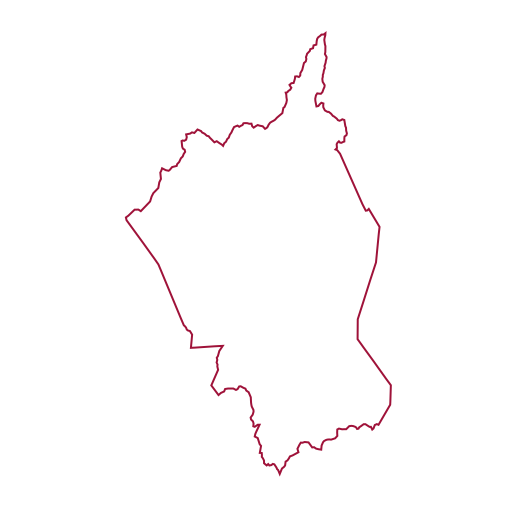 the district of Serra Talhada, Pernambuco, Brazil, rotated 177°
{"feature_id": "56859067B63489137036469", "entity_name": "Serra Talhada", "entity_type": "district", "adm_level": 2, "iso_a3": "BRA", "parent_name": "Brazil", "parent_adm1": "Pernambuco", "projection": "equal_earth", "projection_center": [-38.379, -8.059], "detail": "fine", "context": "isolated", "style": "outline", "palette": "rose", "viewbox_px": 512, "rotation_deg": 177, "n_neighbors": 0, "source": "geoboundaries", "source_scale": "gbopen_adm2", "svg_char_len": 4290}
<svg xmlns="http://www.w3.org/2000/svg" viewBox="0 0 512 512"><g transform="rotate(177 256 256)"><path d="M201.0,59.2L200.4,63.3L198.8,66.5L197.8,67.6L196.0,68.5L194.6,68.9L192.6,69.0L190.6,68.7L186.5,69.8L184.2,72.1L184.2,75.4L183.9,78.5L182.2,79.3L179.3,78.5L175.0,78.3L171.8,81.2L169.7,81.4L167.9,81.1L166.0,80.3L164.9,79.5L164.1,78.0L162.7,78.2L161.9,79.5L159.9,80.7L157.3,82.4L155.5,82.3L153.6,80.9L151.5,79.4L150.2,79.4L149.0,76.6L147.7,77.6L146.2,81.0L144.1,81.8L142.5,81.0L129.8,100.4L129.5,103.1L129.0,109.0L128.3,117.4L128.1,119.9L132.4,126.4L140.5,139.1L143.6,144.0L153.7,159.5L154.7,161.1L158.9,167.6L157.7,187.5L150.8,205.7L143.1,226.2L136.5,243.3L132.3,271.3L131.1,278.6L140.9,297.1L142.4,295.7L144.0,295.5L147.0,302.2L166.7,353.7L169.4,357.5L171.0,358.2L169.5,359.6L169.6,363.4L168.7,364.9L167.2,366.2L166.1,364.8L164.7,364.6L163.2,365.3L161.8,365.7L161.6,369.1L161.3,370.7L159.4,371.9L158.8,373.7L159.4,376.4L159.4,379.4L160.0,381.0L160.7,387.2L162.7,388.0L164.0,387.2L165.5,386.7L167.1,387.4L168.1,388.9L170.7,391.2L171.9,391.9L173.6,394.2L175.8,396.1L177.1,396.2L179.6,397.8L181.0,401.0L181.0,402.8L180.7,404.8L182.7,405.6L184.4,404.2L185.9,402.5L187.8,402.2L188.6,407.8L188.6,410.0L187.7,413.3L186.3,415.2L184.9,414.9L182.7,414.6L181.1,416.2L179.7,419.5L178.8,421.2L178.5,423.0L180.3,426.5L180.5,429.4L179.9,431.5L179.8,433.3L179.1,435.0L178.5,437.8L177.4,440.2L177.7,442.0L176.4,445.3L176.0,447.5L175.3,449.5L175.1,451.0L176.6,454.1L176.1,456.0L175.7,462.0L176.1,463.7L176.5,468.2L176.1,470.2L175.3,472.6L175.0,474.9L176.9,473.6L179.0,473.7L180.5,472.4L182.5,471.1L183.5,469.7L184.1,467.6L184.7,463.9L187.5,463.3L188.2,460.5L191.0,459.7L191.5,458.0L194.4,455.3L194.9,453.8L195.7,452.0L195.4,450.1L196.1,447.7L198.0,446.2L200.1,439.4L202.1,436.4L202.4,433.9L203.8,432.5L205.7,433.3L207.5,433.2L207.9,430.9L208.6,428.9L209.4,426.8L211.6,426.7L213.6,425.1L212.7,423.4L211.9,422.2L213.1,420.3L215.1,419.1L216.2,417.8L217.8,417.6L217.3,415.5L217.3,413.0L217.0,410.1L217.7,407.3L219.7,403.3L220.9,402.5L221.6,399.8L222.2,397.3L225.7,394.7L227.9,393.0L229.8,391.1L231.3,390.2L233.5,389.2L234.9,388.4L236.5,386.5L237.7,384.3L238.7,383.3L240.3,382.5L242.5,385.2L245.7,386.0L247.4,386.7L249.2,385.8L251.6,384.3L253.0,385.8L253.6,388.4L255.8,388.4L257.7,389.1L260.0,389.3L261.6,389.2L262.6,387.5L264.3,386.8L266.0,385.9L267.6,387.2L269.4,386.6L271.2,385.9L273.1,382.6L274.1,380.6L275.8,378.5L277.0,375.6L278.6,374.3L280.0,371.7L281.8,370.3L283.1,367.7L284.3,369.0L286.7,370.7L289.2,372.7L291.6,371.7L294.3,374.8L295.8,376.4L297.0,378.1L298.9,378.7L300.9,380.8L303.4,382.2L304.3,383.6L307.8,385.4L311.1,382.1L313.5,382.8L315.3,381.7L319.4,381.1L318.9,378.3L319.7,375.8L321.6,374.8L323.2,375.2L324.3,374.7L324.0,369.0L323.4,367.1L321.7,365.9L321.3,363.7L322.8,361.8L324.0,359.2L325.9,357.5L327.8,353.9L329.9,351.9L330.5,350.1L335.1,349.2L337.7,346.4L338.8,345.7L341.5,346.4L345.2,348.5L346.1,346.2L347.2,344.3L346.9,337.9L348.7,334.7L350.0,329.0L355.2,324.2L357.1,320.9L358.9,316.0L368.7,306.8L371.0,308.5L374.8,308.6L381.4,302.9L383.9,301.3L383.4,298.5L368.4,275.5L357.5,258.5L353.9,252.7L351.2,245.2L346.8,232.8L345.8,230.0L334.8,199.1L331.7,190.6L330.4,189.3L329.5,187.9L329.0,186.2L327.9,185.2L325.9,184.5L323.9,180.8L325.8,167.7L322.0,167.7L302.1,168.0L293.9,168.0L297.6,163.1L299.3,158.0L300.5,156.4L300.1,154.3L300.9,151.7L300.1,149.6L300.4,147.7L299.8,144.3L307.4,129.1L300.7,119.1L298.2,121.1L294.9,122.4L293.8,124.8L291.0,125.1L285.5,124.8L283.0,123.3L281.4,124.0L279.6,126.6L278.1,126.7L275.6,125.1L273.5,124.1L272.8,122.2L271.6,121.2L270.5,120.4L268.6,115.2L268.6,109.7L268.4,107.5L268.1,105.8L266.6,102.4L266.6,100.6L267.6,97.7L269.8,95.0L269.5,93.0L267.7,91.0L267.2,88.8L267.6,86.1L266.2,85.5L263.1,87.4L261.3,87.3L265.2,80.0L266.0,78.3L266.7,75.8L263.8,74.1L263.2,71.8L262.2,67.9L260.9,66.1L262.5,59.2L260.6,59.0L260.5,57.0L260.7,55.1L259.7,53.6L258.7,51.3L258.8,48.6L257.5,47.4L256.3,46.3L254.7,47.6L253.6,46.1L251.6,46.4L250.1,47.5L248.6,47.0L246.6,43.6L246.1,42.1L245.1,41.1L243.7,37.1L241.2,42.4L239.0,44.0L237.9,45.3L237.2,49.1L235.3,50.2L233.8,52.1L232.6,54.1L230.0,54.9L223.9,57.8L224.7,61.3L222.5,65.2L221.0,67.3L219.4,67.1L217.1,67.7L213.3,67.1L209.9,61.9L208.0,62.0L206.1,60.5L203.8,59.8L201.0,59.2Z" fill="none" stroke="#9f1239" stroke-width="2"/></g></svg>